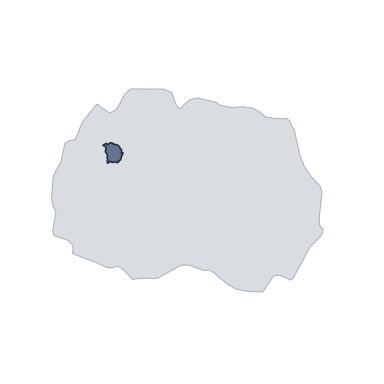 Zajas, Zajas, North Macedonia (highlighted), rotated 26°
{"feature_id": "65306769B7192425425597", "entity_name": "Zajas", "entity_type": "district", "adm_level": 2, "iso_a3": "MKD", "parent_name": "North Macedonia", "parent_adm1": "Zajas", "projection": "albers", "projection_center": [20.901, 41.603], "detail": "fine", "context": "in_parent", "style": "filled", "palette": "slate", "viewbox_px": 384, "rotation_deg": 26, "n_neighbors": 0, "source": "geoboundaries", "source_scale": "gbopen_adm2", "svg_char_len": 1817}
<svg xmlns="http://www.w3.org/2000/svg" viewBox="0 0 384 384"><g transform="rotate(26 192 192)"><path d="M174.1,100.9L179.9,101.7L192.6,97.9L200.5,92.8L204.5,92.0L209.8,90.0L217.5,90.2L225.4,92.3L235.3,89.3L245.0,84.4L248.9,85.5L253.2,89.5L256.0,90.5L272.6,111.4L281.6,119.7L292.3,126.0L304.4,130.5L308.8,135.0L316.9,157.3L320.8,165.7L325.9,168.1L327.2,170.6L327.5,173.8L322.2,189.7L320.7,225.2L319.3,228.0L313.2,228.0L305.2,229.0L302.2,231.8L299.4,250.9L286.5,256.6L274.8,259.9L264.9,259.4L247.4,255.1L241.7,254.7L236.9,257.4L221.3,259.0L214.5,262.4L198.7,284.8L182.5,292.7L177.0,296.6L164.5,291.8L158.5,291.3L149.9,297.0L131.0,297.7L125.9,298.7L111.3,299.6L110.7,296.5L108.0,292.0L101.3,289.9L87.4,291.7L84.0,288.4L78.3,269.5L73.9,266.4L68.9,260.1L60.6,239.5L60.4,230.5L61.0,222.6L56.5,204.2L59.4,199.5L63.7,196.6L63.8,189.2L62.6,177.9L67.8,155.8L69.2,154.2L70.5,155.3L82.8,157.1L86.0,154.3L88.0,149.9L88.7,133.7L91.6,126.3L121.3,112.0L130.0,111.5L136.7,118.0L142.0,122.1L145.2,122.0L146.3,117.8L149.9,109.7L155.9,105.0L173.9,100.9L174.1,100.9Z" fill="#d9dde1" stroke="#a8b0b8" stroke-width="1"/><path d="M103.2,203.0L104.4,202.3L104.3,201.8L104.9,201.0L104.5,200.6L105.7,200.2L106.7,200.5L107.9,200.1L109.4,199.1L110.2,198.2L111.5,198.5L112.1,198.4L112.7,197.2L112.5,196.8L113.0,196.7L112.6,195.6L113.5,194.9L113.7,193.7L113.4,192.2L113.0,191.6L113.2,189.9L112.8,188.5L113.0,188.1L112.0,188.2L112.6,187.2L110.9,187.0L110.6,185.5L110.1,184.9L107.9,183.9L106.9,183.1L104.7,182.4L103.3,182.5L101.7,183.2L101.1,183.0L100.4,183.5L99.6,182.9L97.6,183.2L97.1,183.5L95.4,186.5L93.9,185.7L91.9,188.2L91.5,189.0L92.6,189.3L95.1,189.3L95.7,190.3L95.6,191.4L96.0,191.5L96.4,193.9L97.5,194.3L98.1,194.9L100.0,195.9L100.3,197.9L102.1,200.3L102.1,201.4L103.2,203.0Z" fill="#64748b" stroke="#1e293b" stroke-width="1.5"/></g></svg>